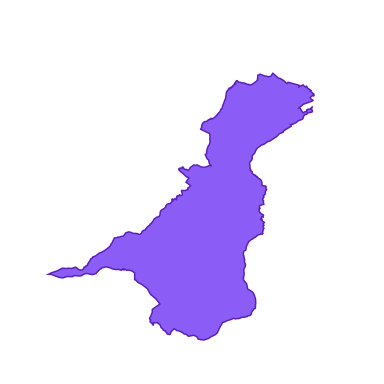 Bumbesti-Jiu, Gorj, Romania (Robinson projection), rotated 202°
{"feature_id": "2599482B75025321054435", "entity_name": "Bumbesti-Jiu", "entity_type": "district", "adm_level": 2, "iso_a3": "ROU", "parent_name": "Romania", "parent_adm1": "Gorj", "projection": "robinson", "projection_center": [23.397, 45.21], "detail": "fine", "context": "isolated", "style": "filled", "palette": "violet", "viewbox_px": 384, "rotation_deg": 202, "n_neighbors": 0, "source": "geoboundaries", "source_scale": "gbopen_adm2", "svg_char_len": 6033}
<svg xmlns="http://www.w3.org/2000/svg" viewBox="0 0 384 384"><g transform="rotate(202 192 192)"><path d="M161.5,332.4L162.1,329.2L163.8,327.7L168.5,326.8L172.6,326.8L173.3,326.5L174.0,325.4L174.8,324.9L173.7,321.9L173.6,320.9L173.1,320.1L176.4,314.6L177.6,313.3L179.0,312.6L179.7,313.1L180.5,312.6L184.6,312.6L187.2,311.7L188.3,311.8L190.0,311.3L191.7,312.2L192.4,311.9L192.8,309.9L192.4,309.5L192.9,309.1L192.3,308.5L193.1,308.2L192.8,307.6L193.9,306.3L193.6,305.7L194.1,305.3L194.3,303.8L194.5,303.7L194.8,304.0L195.2,303.6L194.8,303.5L195.0,302.7L195.8,301.8L196.3,302.0L196.2,301.3L196.7,301.2L196.4,300.2L197.1,299.5L197.5,297.7L196.0,291.7L195.8,282.6L195.3,280.2L196.2,279.7L196.2,276.6L196.8,275.8L198.2,271.2L200.0,268.1L200.5,267.6L201.8,267.4L201.6,266.9L202.0,266.9L202.8,266.2L202.7,265.9L203.9,265.2L203.9,264.6L204.9,263.0L206.6,261.9L207.5,260.9L208.0,258.6L207.3,255.4L207.5,253.4L197.6,252.8L195.9,249.9L195.3,247.4L194.4,246.2L193.9,244.4L193.7,242.4L194.2,240.5L194.0,239.0L194.2,238.1L193.7,236.4L193.8,235.4L192.8,233.3L193.7,231.6L190.3,228.4L188.5,227.9L187.5,226.1L186.3,224.7L184.3,223.6L186.0,222.8L188.4,220.5L190.4,219.2L193.5,218.7L197.2,219.1L198.3,218.3L200.7,217.6L201.9,215.3L202.8,214.2L203.0,212.1L203.8,210.5L205.7,210.9L207.4,210.1L209.9,211.8L210.3,211.4L210.1,210.5L211.5,210.0L211.5,209.6L212.5,209.2L212.9,208.5L212.5,207.6L209.3,206.3L207.3,205.8L203.0,204.0L201.1,204.1L200.2,203.8L201.3,198.9L195.7,197.3L196.3,195.5L197.4,194.1L196.7,193.1L198.9,190.7L202.0,189.7L202.1,188.8L200.5,187.1L199.9,185.4L201.0,184.6L202.7,184.6L202.8,183.0L204.2,182.9L204.5,181.9L203.6,179.9L203.7,179.1L205.5,179.5L205.9,178.0L207.4,178.2L207.9,177.8L207.5,176.7L206.6,176.4L207.4,174.7L207.7,173.1L209.1,172.6L210.6,171.1L211.1,169.7L210.8,168.5L211.6,166.4L213.7,163.6L214.0,162.0L213.1,158.5L213.3,158.0L213.3,156.9L215.2,155.5L216.8,153.2L217.1,152.3L217.2,150.3L217.9,148.3L217.8,147.6L218.8,146.5L218.7,145.5L220.5,142.5L220.5,141.5L221.0,140.8L221.1,139.5L222.9,137.9L223.5,136.5L223.3,135.6L223.8,134.1L225.1,132.8L227.0,133.0L231.4,131.6L234.8,131.6L235.9,131.2L238.4,129.0L238.3,128.0L239.2,125.3L240.8,124.5L242.8,122.7L243.9,122.4L244.6,121.4L246.8,120.3L247.1,114.6L247.6,113.1L247.7,111.1L248.6,109.1L251.1,105.0L253.8,101.5L255.0,100.8L257.7,96.3L259.7,94.6L259.6,93.7L260.9,92.0L260.9,89.7L261.4,88.3L261.4,86.9L261.7,86.5L261.4,85.1L262.6,84.0L262.8,82.7L263.9,81.8L263.7,80.2L264.9,78.4L267.5,77.5L271.6,78.8L275.0,76.0L278.0,75.1L279.8,74.0L283.2,73.0L283.9,72.5L287.2,68.6L292.5,64.0L294.3,61.9L291.8,62.8L283.0,63.1L279.7,63.9L275.9,67.0L271.3,68.6L269.7,70.4L264.0,72.3L262.6,73.6L261.6,75.2L259.3,77.0L253.7,78.0L252.9,78.5L250.6,80.2L248.5,85.8L247.7,86.6L247.0,87.9L243.7,90.4L239.1,91.1L237.0,90.9L233.8,91.5L230.7,92.8L228.5,92.9L227.6,93.8L226.7,94.1L227.6,94.4L227.4,94.7L226.1,95.3L223.2,95.0L221.7,95.8L218.3,96.3L214.8,95.5L212.3,89.2L211.2,89.2L208.2,87.9L203.6,87.4L197.3,85.7L192.2,81.6L185.2,79.3L179.8,76.1L184.7,68.5L184.7,67.6L183.8,65.9L183.7,61.2L184.1,59.3L183.4,58.2L182.3,57.8L182.6,56.6L181.8,55.6L179.7,55.3L178.9,54.2L178.2,54.1L178.0,54.5L178.9,56.5L177.6,56.7L174.9,58.0L174.2,57.4L172.0,57.0L169.9,54.7L168.3,54.3L166.6,53.0L164.4,53.2L163.8,52.4L162.6,52.0L161.8,51.1L159.6,51.4L158.9,52.1L159.0,54.5L157.4,58.6L153.9,57.8L152.3,58.3L149.2,58.2L146.1,57.5L144.0,57.8L141.2,56.9L136.8,59.8L133.4,59.7L131.2,58.0L128.3,58.4L125.4,59.3L121.6,62.6L120.9,64.0L117.0,68.4L115.8,70.8L115.4,77.9L114.6,82.6L112.3,84.5L111.7,85.5L107.7,88.7L106.4,90.3L104.4,90.6L100.9,92.4L98.6,94.6L96.8,95.4L94.1,97.3L94.0,97.9L92.4,98.9L91.5,100.1L91.2,101.3L91.7,102.3L91.6,103.5L90.7,106.7L89.7,108.0L89.8,108.4L90.9,111.2L91.0,112.2L92.9,116.4L95.8,120.0L97.8,121.7L99.4,122.2L104.0,122.9L106.9,127.3L111.4,129.8L111.7,130.9L112.6,132.0L112.2,132.5L113.1,136.1L114.5,138.4L115.0,140.2L114.7,142.4L115.0,144.5L116.8,146.5L117.7,148.1L117.9,149.0L121.3,153.9L121.7,156.3L121.5,157.0L120.5,158.0L120.4,158.8L120.7,160.2L121.3,161.3L121.0,162.0L121.2,163.4L120.8,164.6L121.0,165.7L120.8,167.5L120.3,167.9L119.6,169.6L118.0,171.4L117.6,172.5L116.5,173.6L115.2,175.9L115.1,176.5L112.1,179.0L111.1,179.1L110.7,180.3L111.6,181.1L111.5,182.7L112.1,183.5L111.6,185.2L112.6,185.9L113.0,187.0L113.4,187.2L112.8,187.9L114.0,189.5L113.5,190.8L113.9,191.1L115.2,191.1L116.1,192.0L117.7,192.1L117.1,193.1L118.0,193.3L117.6,194.1L118.1,195.0L117.5,195.6L116.6,195.6L117.1,196.6L117.0,197.3L118.3,197.7L119.3,197.5L121.7,198.8L122.8,199.7L123.0,200.9L123.5,201.5L122.8,202.2L124.0,203.5L124.2,204.2L123.7,205.2L120.8,207.5L121.6,208.4L122.4,210.7L123.9,211.6L123.4,214.1L124.4,215.0L123.9,215.6L123.7,217.2L123.2,217.8L123.9,218.9L124.0,219.7L124.4,220.2L124.1,220.6L123.7,222.0L125.0,223.5L125.3,224.7L126.0,225.1L129.2,224.3L130.0,225.2L130.5,226.6L131.4,227.9L133.2,229.3L135.6,229.7L137.0,230.4L137.3,230.2L137.4,230.6L138.9,230.7L139.2,231.1L139.7,230.9L140.1,231.4L141.0,231.1L141.7,231.3L142.9,231.9L143.9,233.4L146.0,234.0L146.0,234.7L147.1,235.6L147.1,236.0L148.0,237.5L148.2,238.5L148.8,238.9L149.5,241.0L149.5,241.8L148.7,243.5L148.6,245.3L149.6,247.8L149.5,249.0L148.5,251.1L148.4,254.9L148.0,256.8L147.2,258.5L146.1,259.8L145.4,261.5L143.3,263.0L140.7,267.1L139.1,268.2L136.6,271.7L133.8,275.9L133.0,278.5L132.5,279.2L130.2,281.1L129.8,282.1L129.8,283.4L124.7,290.0L126.0,291.4L124.9,291.7L121.5,295.2L120.1,297.9L118.8,299.2L117.6,300.0L116.7,301.2L116.8,304.6L116.5,305.8L114.8,307.0L114.3,308.7L111.2,310.7L110.6,311.3L110.7,312.4L112.2,313.6L112.4,315.7L112.8,315.3L113.5,313.1L114.5,312.8L116.0,311.8L116.5,310.8L115.7,310.1L115.9,309.6L117.7,308.4L118.7,307.0L123.3,310.2L124.3,309.9L121.5,315.2L115.1,320.8L114.2,321.9L114.1,322.3L116.7,323.0L117.9,323.9L116.5,326.7L115.7,326.3L115.0,327.1L116.0,327.9L115.7,328.4L120.1,329.9L119.6,330.6L124.3,331.8L124.4,332.4L125.6,332.9L126.6,331.8L129.2,332.9L132.2,329.6L132.4,331.1L144.0,329.8L144.1,328.3L145.1,328.2L148.9,329.7L152.5,330.3L154.7,330.0L161.5,332.4Z" fill="#8b5cf6" stroke="#5b21b6" stroke-width="1.5"/></g></svg>